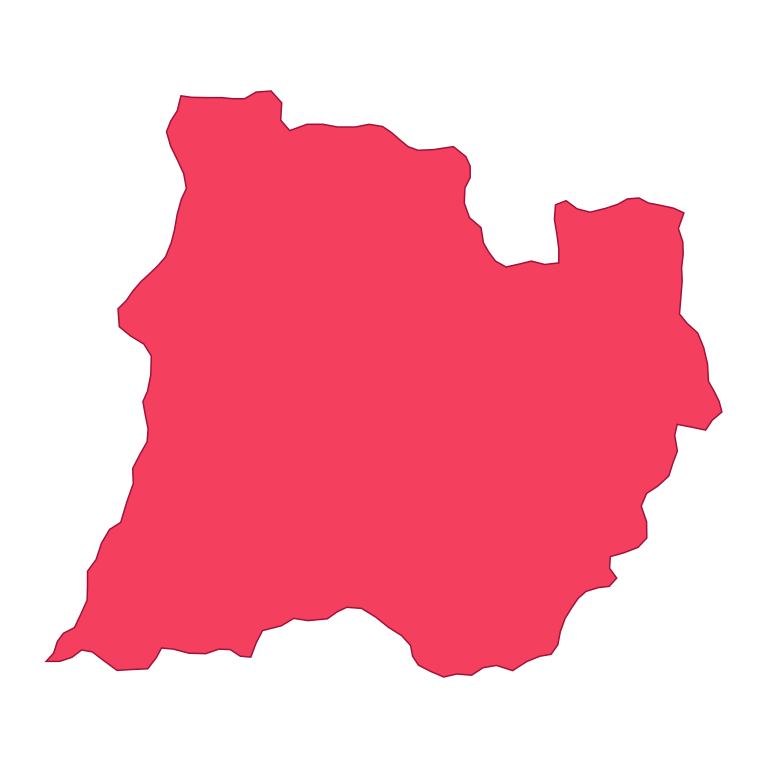 the district of Bom Repouso, Minas Gerais, Brazil
{"feature_id": "56859067B38014938025616", "entity_name": "Bom Repouso", "entity_type": "district", "adm_level": 2, "iso_a3": "BRA", "parent_name": "Brazil", "parent_adm1": "Minas Gerais", "projection": "mercator", "projection_center": [-46.184, -22.441], "detail": "fine", "context": "isolated", "style": "filled", "palette": "rose", "viewbox_px": 768, "rotation_deg": 0, "n_neighbors": 0, "source": "geoboundaries", "source_scale": "gbopen_adm2", "svg_char_len": 2294}
<svg xmlns="http://www.w3.org/2000/svg" viewBox="0 0 768 768"><path d="M683.9,212.9L673.6,208.2L657.9,204.8L648.3,203.0L639.1,198.0L627.4,198.9L617.8,204.3L605.4,208.4L590.0,212.2L577.0,208.8L566.1,200.7L555.5,204.8L554.4,219.2L557.1,235.5L558.8,249.1L558.8,262.9L544.8,264.5L531.4,261.1L519.5,264.0L506.1,267.0L495.5,261.1L489.0,252.5L483.5,243.0L481.0,227.6L469.5,217.7L464.3,203.2L464.9,188.0L470.2,177.6L470.2,166.1L465.8,156.6L453.4,146.6L433.6,149.6L418.1,150.3L408.0,146.6L399.9,139.9L391.3,132.4L382.5,126.5L369.2,124.3L355.4,127.0L337.6,127.0L323.1,124.3L307.0,124.3L289.7,130.6L280.7,120.2L281.7,102.8L271.1,91.0L256.0,92.1L244.7,98.7L232.4,98.7L221.7,97.6L207.1,97.6L191.2,97.3L181.0,95.8L177.2,110.9L170.7,121.1L166.5,131.7L170.7,146.2L177.2,159.5L183.7,173.6L186.4,188.5L181.4,199.1L177.2,214.3L174.5,229.9L171.3,242.5L165.5,257.0L157.3,266.3L148.8,274.4L141.2,281.4L133.1,290.7L126.2,300.7L118.0,308.8L119.3,326.7L130.6,336.0L143.9,344.1L151.3,355.9L150.8,374.9L147.5,391.2L142.9,401.6L145.4,415.6L148.1,428.9L147.1,441.8L139.6,455.0L132.7,468.5L133.3,483.5L126.8,502.0L120.7,522.4L109.6,529.4L101.5,543.2L96.1,559.5L87.5,571.3L87.5,585.8L87.1,600.2L81.6,612.5L74.5,627.6L63.4,633.3L57.4,641.4L53.6,653.2L46.1,661.4L59.7,661.4L72.0,657.3L81.6,650.0L92.3,651.9L103.2,660.2L117.0,670.4L131.6,669.5L147.7,668.8L156.3,657.7L161.5,648.0L173.4,649.1L188.9,653.2L205.6,653.7L219.0,649.1L230.3,649.6L240.3,656.2L250.8,657.1L256.0,643.3L262.5,630.6L281.3,625.8L293.7,618.4L308.1,620.6L327.3,618.8L337.2,611.8L346.8,607.3L361.6,608.4L375.6,617.0L388.6,627.4L401.6,635.6L410.6,645.5L412.6,656.2L418.5,665.2L430.8,671.5L443.8,677.0L456.8,674.0L471.6,675.2L483.1,667.7L496.5,665.4L512.6,670.6L527.0,661.4L540.0,656.2L551.1,654.3L557.8,644.8L560.3,631.7L565.1,618.4L572.0,607.3L578.1,598.4L586.0,591.4L598.3,587.6L609.2,586.4L616.7,578.1L609.6,568.3L610.3,556.6L624.1,552.7L638.1,547.3L646.8,538.0L646.6,521.7L641.2,506.1L646.6,493.4L657.9,486.0L668.8,476.0L673.0,462.7L677.4,451.1L674.7,435.3L677.2,424.4L691.4,427.1L705.6,430.1L712.3,420.1L721.9,412.0L719.2,401.6L714.4,391.8L708.5,381.4L707.5,363.8L703.7,347.7L697.7,333.0L687.0,323.3L679.5,314.0L680.9,297.0L682.2,280.8L681.6,267.6L683.2,254.1L682.8,241.9L678.4,228.5L683.9,212.9Z" fill="#f43f5e" stroke="#9f1239" stroke-width="1.5"/></svg>